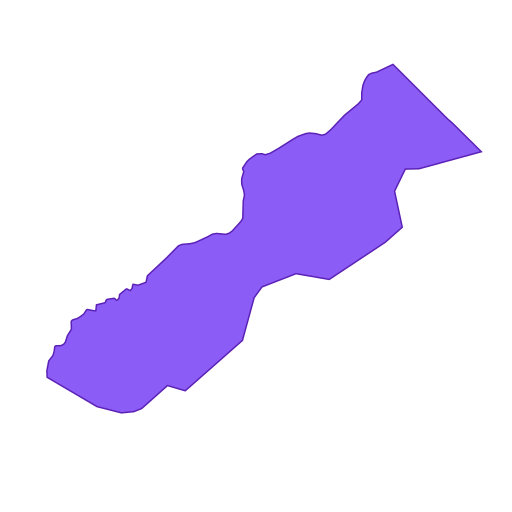 Grand Isle, Vermont, United States of America (Natural Earth projection), rotated 46°
{"feature_id": "52423323B86601759690165", "entity_name": "Grand Isle", "entity_type": "district", "adm_level": 2, "iso_a3": "USA", "parent_name": "United States of America", "parent_adm1": "Vermont", "projection": "natural_earth1", "projection_center": [-73.344, 44.789], "detail": "fine", "context": "isolated", "style": "filled", "palette": "violet", "viewbox_px": 512, "rotation_deg": 46, "n_neighbors": 0, "source": "geoboundaries", "source_scale": "gbopen_adm2", "svg_char_len": 1557}
<svg xmlns="http://www.w3.org/2000/svg" viewBox="0 0 512 512"><g transform="rotate(46 256 256)"><path d="M198.2,490.5L253.9,475.0L275.3,461.8L283.1,452.0L286.3,444.2L287.7,409.7L303.8,400.5L307.3,324.4L284.7,286.3L282.4,273.2L296.5,239.5L323.7,219.6L335.9,153.5L336.9,130.8L305.6,111.3L297.2,88.2L306.5,78.1L337.5,21.5L297.1,22.4L290.3,23.0L213.3,24.4L207.5,41.6L204.8,45.9L203.8,48.9L204.3,52.3L205.3,55.9L207.5,60.5L212.0,66.5L216.9,71.2L217.3,72.4L217.6,76.8L216.2,94.7L217.1,114.7L216.7,121.4L214.9,124.6L213.6,125.5L209.4,128.1L204.6,132.2L202.5,135.2L201.0,138.5L199.1,142.7L197.6,148.7L194.1,165.8L191.9,174.5L189.6,179.0L186.5,180.7L183.1,184.6L181.8,193.2L181.8,197.1L183.4,204.4L184.0,205.1L186.8,206.2L190.1,212.0L191.5,213.7L194.7,216.5L201.0,219.7L203.6,221.6L204.8,222.8L207.5,226.9L219.6,239.2L220.4,241.7L220.8,244.8L221.5,255.7L221.0,259.4L219.4,262.7L212.4,268.7L210.0,272.2L208.7,277.1L204.0,290.6L201.3,295.0L196.3,301.1L194.8,304.7L195.2,321.5L194.8,347.9L198.3,353.0L198.3,353.9L195.0,361.2L191.0,364.0L191.4,365.1L193.3,367.7L193.5,370.6L190.3,371.6L189.6,372.2L188.9,380.8L191.1,383.6L191.4,386.3L190.7,387.3L188.6,387.1L187.8,387.5L183.7,393.3L183.8,394.9L184.6,396.3L184.6,397.3L180.3,404.7L184.1,409.2L183.1,410.4L177.3,414.5L177.0,415.4L178.1,420.1L177.6,424.4L176.9,427.8L174.7,432.0L174.5,433.3L174.8,434.5L180.5,439.7L182.3,447.0L185.5,452.9L185.9,455.3L185.5,457.2L184.7,458.9L181.6,462.3L181.4,463.6L184.7,467.9L186.5,471.2L187.5,478.0L193.4,486.3L198.2,490.5Z" fill="#8b5cf6" stroke="#5b21b6" stroke-width="1.5"/></g></svg>